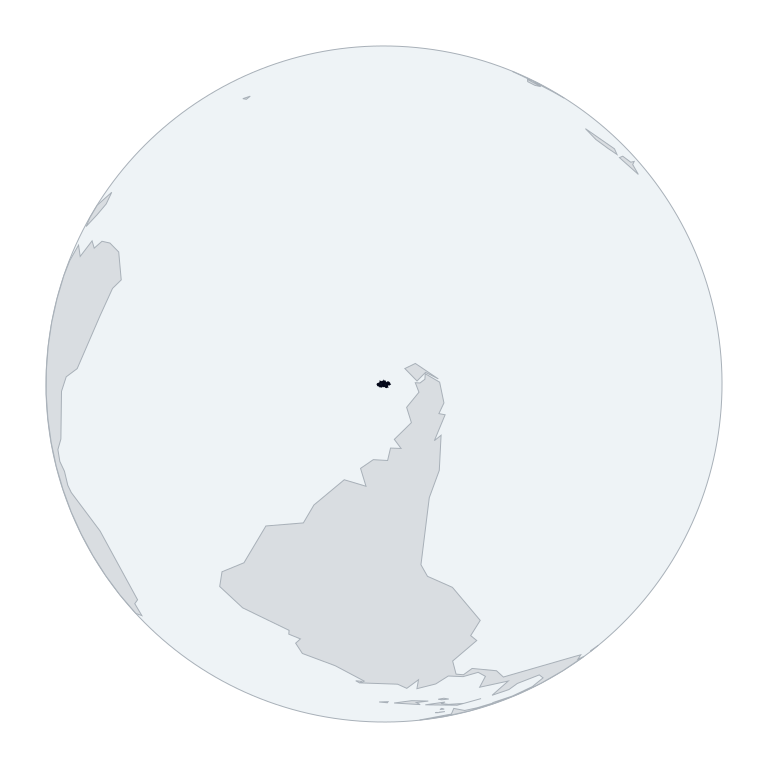 globe centered on Falkland Islands, rotated 187°
{"feature_id": "FLK", "entity_name": "Falkland Islands", "entity_type": "country or territory", "adm_level": 0, "iso_a3": "FLK", "parent_name": "South America", "parent_adm1": "", "projection": "orthographic", "projection_center": [-59.536, -51.789], "detail": "fine", "context": "on_globe", "style": "filled", "palette": "ink", "viewbox_px": 768, "rotation_deg": 187, "n_neighbors": 0, "source": "natural_earth", "source_scale": "50m", "svg_char_len": 4603}
<svg xmlns="http://www.w3.org/2000/svg" viewBox="0 0 768 768"><g transform="rotate(187 384 384)"><circle cx="384" cy="384" r="338" fill="#eef3f6" stroke="#a8b0b8"/><path d="M146.2,143.9L146.4,144.5L140.0,150.2L139.5,150.8L146.2,143.9ZM307.7,54.8L307.3,55.0L276.9,64.6L275.2,70.5L264.1,69.8L252.3,73.9L237.7,80.3L237.0,81.1L218.6,89.9L199.9,101.7L190.3,111.7L194.4,114.2L215.2,103.0L222.7,96.0L238.8,88.2L224.5,104.3L252.1,94.7L247.7,106.2L255.4,109.3L269.8,103.2L284.6,102.0L296.1,92.6L314.2,85.6L313.7,94.7L324.3,84.7L334.0,87.7L370.4,84.5L367.4,86.7L398.0,98.4L432.2,106.6L440.1,116.0L435.9,120.8L448.0,124.1L448.2,127.9L497.0,144.6L522.4,163.0L521.9,177.9L501.2,189.5L483.9,228.7L447.1,236.3L438.8,255.4L411.8,284.1L389.4,280.3L397.0,297.4L385.4,307.6L371.1,308.5L369.7,321.2L359.2,322.1L367.0,330.3L352.1,349.0L358.7,363.6L348.3,380.1L353.1,389.1L348.4,389.4L344.0,393.7L344.3,399.2L329.0,392.6L322.2,372.5L325.9,361.3L319.6,360.9L327.1,333.9L321.1,340.1L318.6,305.0L325.2,276.7L325.3,209.1L317.4,198.4L291.3,190.5L259.7,161.1L267.3,144.8L260.7,140.7L282.1,117.4L277.1,104.8L269.7,105.1L261.9,112.4L237.4,113.1L229.8,107.7L161.3,136.9L155.7,139.2L158.0,134.5L152.4,137.9L171.6,121.2L192.0,105.9L213.4,92.3L235.9,80.3L259.1,70.0L283.1,61.5L307.7,54.8ZM272.2,74.1L303.9,70.6L284.6,75.8L288.5,73.8L280.8,73.9L265.9,76.7L249.3,83.6L272.2,74.1ZM289.2,65.0L283.6,66.3L289.3,64.7L289.2,65.0ZM355.4,408.2L330.7,395.7L344.2,400.6L351.6,391.0L365.2,401.9L355.4,408.2ZM377.9,384.4L387.7,380.0L390.5,382.7L384.5,386.4L377.9,384.4ZM714.9,452.7L710.9,468.4L704.1,484.6L701.1,473.6L691.2,490.5L688.2,483.5L681.3,491.3L673.2,490.5L663.4,482.7L657.5,455.3L665.1,445.8L674.2,417.0L690.4,361.9L700.3,352.4L703.2,337.4L698.0,290.0L699.7,279.2L696.3,267.6L690.5,258.4L685.5,244.9L681.2,238.2L647.9,203.5L632.6,182.1L602.3,139.8L604.6,135.6L596.1,124.6L602.3,126.0L620.2,142.3L636.8,159.8L652.2,178.5L666.2,198.2L678.8,218.8L689.8,240.3L699.3,262.5L707.2,285.4L713.4,308.8L718.0,332.5L720.8,356.5L721.9,380.7L721.3,404.8L718.9,428.9L714.9,452.7ZM371.6,84.3L375.9,86.0L370.0,86.2L371.6,84.3ZM281.3,79.2L288.3,77.6L291.8,77.7L286.3,79.4L281.3,79.2ZM341.8,68.0L350.1,67.8L341.2,69.2L341.8,68.0ZM309.0,70.2L335.1,68.6L317.8,73.1L301.4,74.7L313.1,71.8L309.0,70.2ZM284.6,68.6L288.8,67.8L287.1,69.1L284.6,68.6ZM293.3,64.0L291.6,64.5L289.7,64.4L293.3,64.0ZM558.9,650.0L551.8,653.4L555.3,649.8L558.9,650.0ZM690.8,525.6L690.4,526.6L677.6,541.1L681.7,528.8L689.4,517.0L698.9,504.0L696.3,512.8L696.7,512.1L690.8,525.6ZM183.9,645.5L180.7,640.2L190.4,645.1L203.5,652.5L215.2,662.0L183.9,645.5ZM278.2,701.6L278.7,703.8L264.7,698.3L270.5,698.8L278.2,701.6ZM174.8,639.2L166.1,634.2L162.8,635.4L163.9,632.1L157.1,623.0L177.9,637.4L174.8,639.2ZM240.1,689.7L251.7,694.5L269.5,701.2L273.1,702.9L280.5,705.2L292.2,709.1L294.8,709.9L267.0,701.0L240.1,689.7Z" fill="#d9dde1" stroke="#a8b0b8" stroke-width="1"/><path d="M386.5,381.0L387.1,381.3L387.8,381.2L388.1,381.3L388.3,381.6L388.2,381.8L387.9,381.8L387.7,381.9L387.8,382.2L387.9,382.4L388.6,382.8L388.8,382.8L388.7,382.6L388.6,382.4L388.6,382.1L388.7,381.8L388.9,381.8L389.7,381.7L389.9,381.8L390.3,382.5L389.9,382.6L389.8,382.8L390.1,383.0L390.4,383.2L390.2,383.5L389.6,383.8L389.1,383.9L388.8,384.2L388.4,384.5L387.1,384.9L387.2,385.2L387.3,385.4L387.2,385.8L385.5,385.3L385.2,385.4L385.7,386.3L385.3,386.4L385.0,386.3L384.7,386.4L384.5,387.1L384.0,386.6L383.6,386.0L383.6,385.7L384.0,385.1L383.9,384.8L384.8,384.0L385.0,383.7L385.3,383.6L385.6,383.5L385.7,383.4L385.7,383.2L385.6,382.8L385.6,382.2L386.4,381.5L386.3,381.0L386.5,381.0ZM381.2,382.1L381.8,382.2L382.3,381.8L382.6,381.6L382.9,381.7L383.1,382.0L383.4,381.9L384.2,381.7L384.3,381.8L384.5,381.5L384.8,381.6L385.0,381.9L384.9,382.2L384.7,382.4L384.5,382.6L384.4,382.8L384.1,383.0L383.9,383.4L383.3,384.1L382.6,385.1L382.4,385.2L381.8,385.2L381.6,385.2L381.4,385.2L381.3,385.7L381.0,386.1L380.9,386.2L380.7,386.2L380.6,386.3L379.8,386.4L379.4,386.2L378.8,385.6L379.5,385.0L380.2,385.0L380.7,384.5L381.1,384.3L381.3,384.1L381.4,383.9L381.4,383.7L381.1,383.6L380.9,383.7L380.5,383.8L380.2,383.6L380.4,383.5L380.6,383.5L381.3,383.2L381.2,382.8L380.8,382.6L380.4,382.2L380.4,381.9L380.2,381.5L380.4,381.5L380.7,381.7L381.2,382.1ZM378.6,384.0L378.9,384.1L379.1,384.1L379.0,384.7L378.9,385.0L378.6,385.0L378.2,384.6L378.1,384.4L378.5,384.2L378.6,384.0ZM381.9,381.7L381.4,381.7L381.3,381.0L381.7,381.0L382.0,381.2L382.0,381.4L381.9,381.7ZM383.5,386.6L383.2,386.7L383.1,386.2L383.5,386.3L383.5,386.6ZM388.0,385.3L388.0,385.9L387.7,385.7L387.6,385.4L387.8,385.3L388.0,385.3Z" fill="#0f172a" stroke="#020617" stroke-width="1.5"/></g></svg>